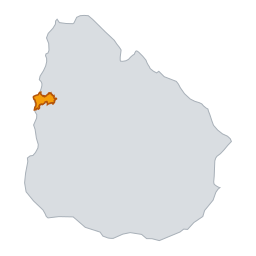 location of Quebracho, Paysandú, Uruguay
{"feature_id": "84410073B73193959772066", "entity_name": "Quebracho", "entity_type": "district", "adm_level": 2, "iso_a3": "URY", "parent_name": "Uruguay", "parent_adm1": "Paysandú", "projection": "albers", "projection_center": [-57.976, -31.953], "detail": "fine", "context": "in_parent", "style": "filled", "palette": "amber", "viewbox_px": 256, "rotation_deg": 0, "n_neighbors": 0, "source": "geoboundaries", "source_scale": "gbopen_adm2", "svg_char_len": 4488}
<svg xmlns="http://www.w3.org/2000/svg" viewBox="0 0 256 256"><path d="M219.9,187.6L217.9,189.3L215.8,192.4L213.1,200.1L204.6,210.5L202.8,216.5L193.9,222.5L187.6,229.4L183.7,229.1L180.0,232.0L159.3,240.6L152.0,238.7L146.6,238.6L141.6,234.4L130.2,232.6L122.9,234.1L113.1,238.4L110.2,238.3L108.1,238.0L102.9,236.1L100.1,232.1L85.2,227.3L73.2,216.9L58.9,216.6L48.0,217.9L46.3,216.5L45.2,213.9L43.0,210.0L33.5,200.9L26.1,191.8L24.6,182.8L25.6,173.1L27.8,161.6L27.4,158.0L30.1,155.9L32.9,155.5L35.5,152.5L37.9,148.0L38.3,144.6L36.4,138.2L35.1,129.4L33.6,125.0L36.6,118.1L36.8,114.7L35.0,111.7L34.5,108.7L35.3,105.5L35.2,102.5L34.0,99.6L34.9,97.2L37.7,95.4L39.8,92.4L41.2,88.5L41.9,85.6L41.9,83.5L41.1,81.6L39.3,79.7L40.1,76.1L43.5,70.7L45.7,65.9L46.7,61.6L46.6,58.2L45.5,55.7L46.0,53.9L48.0,53.0L49.0,50.3L48.7,43.5L46.5,37.9L48.2,33.4L52.9,28.3L55.4,24.2L55.6,21.0L57.1,19.2L59.4,22.6L66.1,23.5L72.9,23.7L74.0,22.9L76.7,17.3L80.2,15.7L84.1,15.4L88.3,15.7L92.7,19.4L105.1,31.7L114.2,40.2L116.9,44.2L119.3,47.2L121.1,50.0L120.2,57.1L120.2,60.3L120.6,61.2L122.7,61.3L125.8,60.8L128.5,59.4L130.6,57.1L132.6,55.3L134.3,54.3L134.9,52.8L135.8,51.2L136.8,50.9L138.6,52.1L142.8,56.3L146.0,60.2L146.8,62.4L148.0,64.7L149.3,66.7L150.2,68.6L153.4,71.2L156.6,72.9L158.8,71.3L164.2,76.7L176.3,81.4L178.4,84.1L180.4,87.9L184.5,93.7L190.2,99.0L194.8,101.3L199.3,102.7L201.8,103.9L203.5,105.9L206.2,108.1L207.9,109.0L208.4,110.9L210.0,115.1L211.7,120.4L213.5,125.3L217.7,130.1L222.5,133.9L227.5,136.2L230.3,138.8L231.4,141.5L227.8,145.3L223.9,150.0L220.4,153.7L216.9,156.3L215.7,158.1L214.8,160.9L214.2,176.2L213.7,181.8L213.9,183.4L214.3,184.4L216.4,186.0L218.9,187.4L219.9,187.6Z" fill="#d9dde1" stroke="#a8b0b8" stroke-width="1"/><path d="M52.7,103.8L52.8,104.0L53.0,104.0L53.0,103.8L53.2,103.6L53.0,103.4L53.0,103.2L53.2,102.8L53.8,102.8L54.0,102.8L54.0,102.5L54.4,102.3L54.4,102.2L54.5,101.9L54.6,101.7L54.4,101.4L54.3,101.2L54.5,100.9L54.3,100.7L54.3,100.4L54.9,100.0L55.2,99.9L55.2,99.4L55.7,99.0L56.0,99.2L56.3,99.0L56.5,98.9L56.5,98.7L56.4,98.5L55.9,98.2L55.5,98.3L55.2,98.6L54.8,98.6L54.0,98.0L54.0,97.8L53.9,97.4L54.2,96.4L54.0,95.9L53.9,95.9L53.9,95.6L53.3,95.9L53.0,95.7L52.8,95.7L52.6,95.4L52.3,95.3L52.4,94.8L52.1,94.6L51.5,94.3L51.5,93.8L51.2,93.5L50.8,93.4L50.8,93.1L50.3,93.5L50.2,93.5L50.0,92.9L49.7,92.9L49.1,92.8L49.0,93.0L49.0,93.3L49.0,93.5L48.9,93.5L48.7,93.4L48.4,93.4L48.3,93.5L48.4,93.8L48.5,93.9L48.4,94.1L48.0,94.4L47.7,94.5L47.1,94.8L46.9,95.1L46.7,95.2L46.5,95.4L46.4,95.6L46.0,95.7L45.9,96.0L45.4,96.1L45.1,96.2L45.1,96.3L45.1,96.5L44.8,96.6L44.7,96.6L44.5,96.8L44.4,96.8L44.3,96.7L43.9,96.5L44.2,96.3L44.4,96.1L44.3,95.8L44.0,95.8L43.7,95.7L43.3,95.6L43.2,95.7L43.3,95.9L43.3,96.0L42.9,96.1L42.8,95.9L42.1,95.3L41.7,95.1L41.5,94.8L41.2,94.4L40.8,94.2L40.8,93.6L40.5,93.3L40.9,92.9L40.9,92.7L40.7,92.6L40.5,92.8L40.4,92.7L40.6,92.2L40.1,92.3L39.9,91.9L39.9,92.0L39.7,92.3L39.5,92.6L39.4,92.7L39.3,92.8L39.2,93.0L39.1,93.3L39.0,93.5L38.9,93.6L38.8,93.8L38.7,93.9L38.6,94.1L38.5,94.3L38.4,94.4L38.3,94.6L38.2,94.7L38.1,94.8L37.8,94.9L37.5,95.0L37.2,95.0L36.9,95.1L36.7,95.1L36.3,95.3L36.0,95.4L35.8,95.4L35.5,95.5L35.3,95.6L35.2,95.7L35.1,95.8L34.9,95.9L34.7,95.9L34.5,96.0L34.1,96.2L33.8,96.3L33.7,96.4L33.6,96.6L33.4,96.8L33.3,97.0L33.4,97.5L33.5,97.6L33.6,98.1L33.6,98.4L33.7,98.5L33.8,98.9L33.8,99.0L34.0,99.1L34.1,99.3L34.3,99.4L34.4,99.6L34.6,99.7L34.7,99.8L34.8,99.8L34.9,100.1L35.0,100.3L35.1,100.5L35.2,100.8L35.3,101.0L35.3,101.3L35.4,101.5L35.4,101.8L35.4,102.1L35.5,102.3L35.6,102.5L35.8,102.8L35.9,103.0L36.0,103.1L36.0,103.3L36.0,103.5L36.0,103.9L36.0,104.0L36.0,104.3L36.0,104.6L36.0,104.9L35.9,105.3L35.9,105.6L35.9,105.8L35.7,106.3L35.6,106.5L35.4,106.7L35.3,106.8L35.1,107.0L34.9,107.2L34.8,107.4L34.8,107.6L34.7,108.0L34.6,108.5L34.5,109.0L34.4,109.3L34.4,109.5L34.3,109.8L34.3,110.0L35.7,109.7L36.1,109.7L36.2,109.4L36.2,109.1L36.4,108.6L37.1,108.3L37.6,108.1L37.8,108.9L38.0,109.1L38.5,109.1L39.0,108.6L39.5,108.0L39.5,107.0L39.4,106.8L39.1,106.8L39.0,106.6L38.9,106.1L39.2,105.7L39.5,105.3L39.7,105.5L39.8,105.5L39.9,105.4L39.8,105.2L39.6,104.9L39.7,104.7L40.6,104.4L40.9,104.3L41.2,104.0L41.9,104.6L42.4,104.6L42.7,104.2L43.1,104.2L43.2,103.8L43.7,103.7L44.2,103.3L44.7,103.1L44.9,102.4L45.1,102.0L45.5,101.8L46.1,102.0L46.4,101.6L46.8,101.5L47.1,101.8L47.4,103.5L47.4,104.5L47.6,104.3L48.5,103.9L48.8,103.9L49.0,103.5L49.7,103.3L50.2,103.4L50.5,103.0L51.2,103.1L51.4,102.8L52.0,102.7L52.7,103.8Z" fill="#f59e0b" stroke="#b45309" stroke-width="1.5"/></svg>